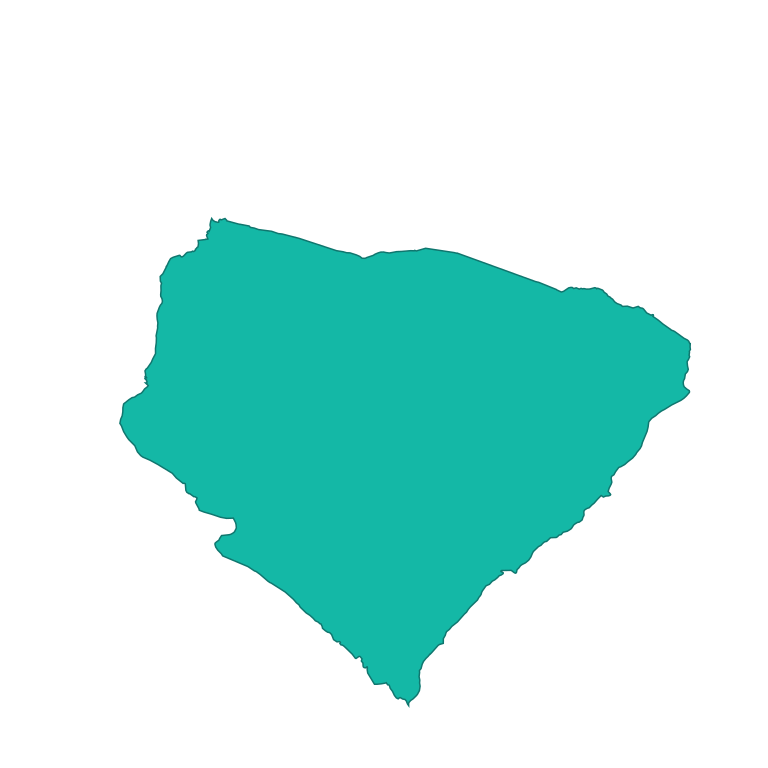 Lapusata, Vâlcea, Romania, rotated 222°
{"feature_id": "2599482B55228800753193", "entity_name": "Lapusata", "entity_type": "district", "adm_level": 2, "iso_a3": "ROU", "parent_name": "Romania", "parent_adm1": "Vâlcea", "projection": "equal_earth", "projection_center": [23.992, 44.913], "detail": "fine", "context": "isolated", "style": "filled", "palette": "teal", "viewbox_px": 768, "rotation_deg": 222, "n_neighbors": 0, "source": "geoboundaries", "source_scale": "gbopen_adm2", "svg_char_len": 6159}
<svg xmlns="http://www.w3.org/2000/svg" viewBox="0 0 768 768"><g transform="rotate(222 384 384)"><path d="M622.8,391.7L621.7,389.0L620.2,386.5L619.5,385.6L617.6,384.3L617.3,383.7L616.2,380.7L616.7,380.8L617.1,380.1L617.2,378.9L617.0,378.3L615.7,378.3L615.5,378.0L615.7,376.4L615.2,375.6L611.9,373.9L612.4,373.0L613.3,372.5L613.3,372.0L618.2,366.3L615.9,364.3L614.0,361.5L614.3,360.3L614.1,359.2L614.3,357.9L613.7,357.2L613.7,356.7L614.1,355.1L615.2,354.6L615.5,353.4L618.2,350.3L618.5,348.9L618.6,344.8L619.2,343.2L620.0,342.8L621.7,343.0L622.2,342.7L625.5,337.1L626.5,334.4L625.8,331.0L624.5,326.8L624.5,325.8L624.2,325.8L622.1,318.0L622.3,314.2L619.0,310.8L616.8,310.1L615.5,307.7L612.1,304.1L609.8,301.0L608.6,299.8L606.0,298.8L604.1,297.3L603.3,296.0L603.0,295.2L602.9,292.9L602.3,290.7L599.9,284.7L598.3,282.7L595.9,280.4L592.9,278.1L591.0,275.5L589.7,274.2L585.6,267.3L584.0,266.0L580.8,262.2L577.6,257.5L574.1,253.7L572.6,247.8L571.4,244.3L570.5,237.4L570.8,236.0L570.4,233.8L567.7,231.7L566.4,230.2L566.4,229.7L565.3,230.1L564.6,229.8L564.8,229.4L565.7,228.9L565.4,228.1L564.5,227.9L563.4,228.2L562.7,227.4L562.2,227.5L561.7,227.2L561.4,226.4L560.9,226.1L561.9,225.2L558.2,225.1L558.0,223.7L558.6,220.1L558.2,216.9L558.2,214.8L559.8,211.2L560.6,207.3L562.1,205.3L563.0,201.9L564.1,195.4L564.1,194.9L562.2,191.7L559.6,188.7L557.3,185.2L556.1,181.6L553.9,178.0L551.1,177.2L545.6,174.4L539.7,172.6L536.5,171.9L527.9,171.4L521.8,168.6L516.9,168.0L514.3,168.3L506.9,170.8L498.5,172.8L481.6,176.0L475.4,175.2L466.8,175.7L466.0,176.6L464.9,176.9L460.1,172.4L458.1,171.6L455.4,172.0L455.1,172.5L449.9,173.0L449.1,173.8L446.7,174.2L445.7,172.3L445.4,170.6L444.5,169.8L438.1,167.5L436.8,166.6L432.1,168.4L425.1,171.8L416.3,175.6L411.1,178.8L406.2,183.5L401.6,181.7L399.8,180.5L397.3,178.1L396.2,174.1L396.4,172.6L397.1,170.2L398.1,168.5L403.3,162.7L402.8,159.3L402.2,157.5L402.8,154.6L403.0,152.6L402.2,151.6L399.9,150.2L396.4,149.3L391.3,149.0L388.9,148.3L362.9,157.3L355.2,158.4L353.5,159.1L348.9,159.6L338.3,159.8L336.0,160.1L334.5,160.6L318.2,163.3L307.3,163.4L302.7,162.8L299.4,163.0L296.9,162.1L288.7,161.8L284.3,162.5L279.9,162.5L276.6,162.1L273.7,163.0L271.1,163.0L270.4,163.5L267.8,162.5L266.2,161.3L262.4,161.4L259.9,161.8L258.0,162.9L256.2,162.8L255.2,162.7L250.4,160.3L246.4,160.9L244.8,162.7L243.7,162.9L243.3,162.6L243.2,161.7L241.6,161.3L239.9,162.2L238.1,162.4L226.9,162.0L221.7,161.0L221.1,161.4L220.3,164.9L219.3,165.5L216.4,165.0L215.5,163.0L212.9,162.5L210.8,160.4L209.9,159.9L208.9,160.0L207.7,160.8L207.5,161.1L207.6,162.0L207.2,162.5L206.4,162.0L205.3,160.4L202.7,158.3L190.2,154.5L188.2,156.3L185.3,159.5L182.9,162.6L182.5,163.5L180.0,162.9L179.2,163.5L178.4,163.6L175.7,162.0L172.1,161.3L167.8,159.5L164.8,159.0L162.8,159.5L162.6,161.0L162.1,161.8L159.3,162.4L157.3,163.6L155.4,163.4L152.3,161.9L150.5,161.5L151.9,163.0L152.4,164.2L152.4,166.7L151.7,169.5L151.4,174.1L151.5,175.8L152.5,179.8L155.0,183.6L157.5,185.6L159.3,187.9L162.1,190.0L164.5,193.4L165.8,194.6L166.0,195.3L166.0,197.2L168.1,201.3L169.0,204.3L169.2,208.1L169.0,211.0L169.1,214.1L168.9,214.1L168.8,216.3L168.9,225.9L168.5,227.5L166.4,230.9L169.5,234.5L170.3,238.2L171.4,240.5L171.8,241.9L171.2,245.3L171.4,249.3L170.2,256.3L170.3,266.8L170.0,269.6L170.6,273.0L170.7,276.1L170.0,286.0L170.7,288.9L170.8,291.3L171.1,292.7L172.0,294.5L172.4,295.9L173.1,301.8L173.0,302.7L171.6,305.7L171.6,309.9L170.6,312.7L170.1,316.2L170.1,318.6L169.1,320.4L168.6,322.6L168.8,323.2L169.2,323.5L171.7,322.9L172.0,323.3L171.8,324.1L164.8,330.6L160.6,331.0L159.6,331.5L159.4,332.4L160.9,335.1L160.7,337.4L161.0,340.3L160.6,342.2L159.2,345.8L158.6,350.0L159.1,353.7L160.5,357.7L160.9,359.5L160.4,366.6L159.4,369.2L159.4,371.7L159.1,374.1L157.8,375.9L157.4,381.2L153.3,385.2L152.9,386.5L152.8,388.9L151.6,390.6L151.7,393.7L149.3,397.2L148.8,398.8L148.1,401.4L148.1,402.6L148.7,406.1L148.5,407.5L147.7,410.4L146.5,412.0L145.8,415.3L146.2,416.5L146.9,417.8L147.4,419.9L147.9,420.7L149.9,422.6L150.5,423.8L150.6,424.7L149.9,427.3L148.7,429.4L148.6,432.9L148.1,436.1L148.2,441.3L148.0,446.4L145.3,446.8L144.3,449.0L142.3,451.1L141.5,452.5L141.5,453.2L141.6,453.5L142.5,453.8L145.5,454.1L147.0,457.3L148.2,461.7L149.0,463.5L152.1,465.9L153.1,467.6L152.4,470.4L153.2,473.6L153.7,478.8L153.5,479.6L152.7,480.9L151.2,485.5L150.8,489.2L149.7,495.3L149.8,500.1L150.3,502.1L150.5,507.4L151.2,510.3L152.8,513.4L156.8,524.8L159.0,528.8L161.8,532.8L162.0,533.7L162.1,537.7L160.9,542.3L160.6,545.6L159.7,549.7L158.5,552.9L156.2,560.9L152.4,570.6L151.6,574.0L151.3,577.5L151.4,582.0L151.8,582.7L152.7,583.3L155.8,582.8L159.2,582.8L161.2,584.0L162.7,585.4L163.7,587.1L164.2,589.1L166.7,593.0L166.8,596.3L167.7,598.5L170.4,600.4L173.5,603.2L173.9,604.1L174.1,605.8L175.1,608.8L176.5,609.5L178.2,612.0L179.0,612.6L179.4,614.7L181.3,616.3L183.4,618.9L183.7,618.6L186.2,619.7L188.0,619.7L191.7,618.7L203.2,617.5L205.2,616.9L206.5,616.2L207.0,616.4L216.9,615.2L222.7,615.0L229.0,614.2L229.4,614.2L229.6,615.2L230.2,615.6L231.1,615.0L231.5,613.9L236.3,612.6L241.3,613.4L242.5,613.3L244.7,612.0L247.0,611.8L249.8,607.1L255.2,604.7L258.7,601.2L260.6,601.3L264.8,599.7L267.6,599.4L270.9,600.0L272.7,599.7L273.7,599.9L276.5,599.2L278.7,599.9L281.8,599.5L283.2,599.9L284.5,600.0L288.7,598.4L289.3,598.1L289.6,597.1L290.7,597.2L291.8,596.6L294.7,592.2L297.0,590.0L299.3,588.7L300.0,587.6L301.3,587.1L301.9,586.4L302.3,585.2L305.5,584.1L306.9,581.9L308.7,581.7L309.8,580.8L311.1,579.0L312.6,572.9L313.8,571.0L318.3,569.6L319.3,569.5L337.0,563.1L339.7,561.6L417.3,530.2L417.3,529.9L419.8,528.6L443.9,512.7L449.0,504.5L450.5,503.9L450.4,503.6L450.8,503.1L453.4,500.9L459.9,494.0L463.1,490.9L467.7,484.9L470.5,483.0L472.6,481.8L474.7,479.8L476.1,477.5L477.5,474.5L478.1,472.3L481.5,466.3L482.0,464.9L484.4,462.8L487.4,462.6L491.0,461.4L497.0,458.7L499.5,456.6L502.9,454.9L508.5,451.3L544.6,435.4L560.1,427.3L563.3,425.0L569.7,422.3L580.6,414.8L584.7,413.1L588.1,411.0L589.9,411.2L598.0,406.3L598.0,406.1L609.9,400.1L610.3,400.4L612.9,400.6L614.6,397.4L615.2,396.8L615.9,396.8L616.2,396.4L616.1,395.0L615.1,393.6L615.6,393.0L618.4,391.5L620.8,391.2L622.8,391.7Z" fill="#14b8a6" stroke="#0f766e" stroke-width="1.5"/></g></svg>